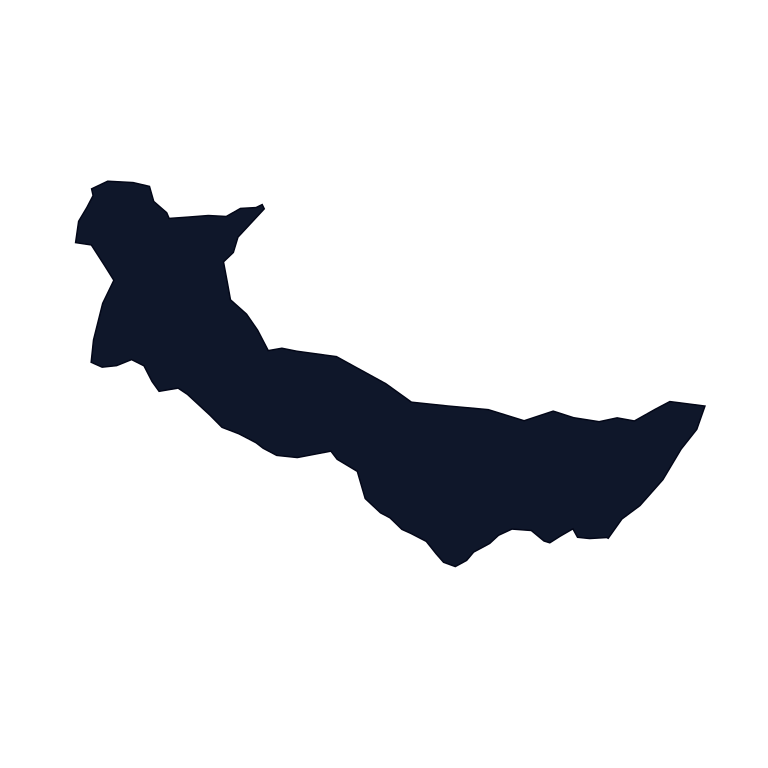 Korfi, Limassol, Cyprus, rotated 276°
{"feature_id": "46923920B18588389508045", "entity_name": "Korfi", "entity_type": "district", "adm_level": 2, "iso_a3": "CYP", "parent_name": "Cyprus", "parent_adm1": "Limassol", "projection": "mercator", "projection_center": [32.963, 34.789], "detail": "fine", "context": "isolated", "style": "filled", "palette": "ink", "viewbox_px": 768, "rotation_deg": 276, "n_neighbors": 0, "source": "geoboundaries", "source_scale": "gbopen_adm2", "svg_char_len": 1335}
<svg xmlns="http://www.w3.org/2000/svg" viewBox="0 0 768 768"><g transform="rotate(276 384 384)"><path d="M375.0,90.5L371.3,101.9L374.3,116.1L381.9,130.4L377.0,143.4L362.2,153.1L353.2,161.1L358.4,179.6L353.2,189.5L334.8,214.2L324.0,227.4L319.3,244.9L312.2,262.9L307.5,270.5L301.8,284.7L301.8,305.5L311.7,338.2L304.2,345.3L294.3,366.6L268.1,377.3L255.5,394.0L251.5,404.0L241.3,417.0L238.3,426.1L231.9,442.5L220.5,453.7L212.9,461.9L209.9,474.0L217.2,484.6L226.2,490.7L236.5,505.8L245.5,513.7L253.1,526.4L253.7,545.8L244.6,559.5L243.4,565.5L250.9,574.9L259.7,587.0L251.8,592.5L251.8,604.6L254.6,621.6L254.0,623.1L274.6,634.7L289.9,651.3L318.1,671.4L350.3,686.3L371.6,699.8L395.6,705.5L396.2,679.7L396.4,670.1L387.3,656.5L373.4,636.9L374.7,619.4L369.0,601.9L370.3,576.1L374.1,558.1L374.7,555.1L362.1,527.2L369.4,490.4L368.8,449.4L368.8,413.2L384.4,385.9L398.7,351.8L406.2,334.0L407.5,293.7L408.9,278.7L405.1,265.4L424.3,252.7L439.1,240.0L451.7,222.5L468.2,217.7L488.7,211.6L499.1,220.4L514.8,223.4L545.7,246.6L549.7,244.1L546.1,238.3L543.6,222.9L534.1,209.6L533.2,191.7L529.5,171.7L526.2,153.0L531.6,150.0L541.5,135.9L556.0,130.1L558.1,113.4L556.8,88.0L547.5,72.8L541.0,75.0L528.6,70.1L513.9,63.3L492.4,62.5L491.7,78.4L472.8,93.6L458.9,104.5L434.8,95.8L397.5,90.5L375.0,90.5Z" fill="#0f172a" stroke="#020617" stroke-width="1.5"/></g></svg>